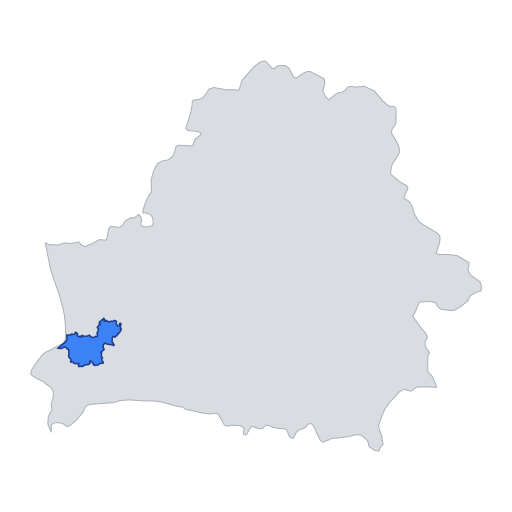 Pruzhany, Brest, Belarus (highlighted)
{"feature_id": "67162791B13478011403583", "entity_name": "Pruzhany", "entity_type": "district", "adm_level": 2, "iso_a3": "BLR", "parent_name": "Belarus", "parent_adm1": "Brest", "projection": "mercator", "projection_center": [24.486, 52.68], "detail": "fine", "context": "in_parent", "style": "filled", "palette": "blue", "viewbox_px": 512, "rotation_deg": 0, "n_neighbors": 0, "source": "geoboundaries", "source_scale": "gbopen_adm2", "svg_char_len": 9177}
<svg xmlns="http://www.w3.org/2000/svg" viewBox="0 0 512 512"><path d="M436.5,387.4L427.6,386.8L416.8,387.0L410.8,391.3L404.2,389.2L399.6,391.6L388.9,403.2L384.7,409.4L380.8,418.9L378.4,426.0L379.7,430.9L381.7,435.5L382.1,440.4L383.1,444.3L380.5,447.1L378.9,451.1L374.5,450.4L369.0,446.5L367.8,440.9L363.6,437.0L360.8,435.0L356.2,434.7L348.9,436.5L339.3,437.9L332.1,438.3L328.2,440.2L322.3,442.2L320.1,439.9L316.9,433.5L314.2,427.2L312.4,424.4L310.8,423.6L308.8,423.8L306.6,425.8L304.9,427.8L298.9,430.2L296.2,432.5L293.3,438.3L291.3,437.9L289.3,436.6L287.0,430.1L283.8,428.6L278.8,428.5L272.5,427.1L267.4,425.1L265.5,425.6L262.5,428.4L259.2,428.8L252.0,426.3L250.6,427.4L246.5,434.6L244.5,435.0L243.4,434.1L244.0,427.8L239.9,425.6L232.8,425.2L227.9,426.1L225.5,425.9L224.2,424.7L218.2,414.1L215.0,413.4L209.2,414.0L200.8,412.7L191.0,410.3L185.6,409.4L182.8,407.1L176.8,406.2L160.7,401.8L154.1,401.0L144.4,400.9L129.6,399.9L120.1,400.5L115.7,401.9L110.6,402.9L93.1,404.1L86.8,405.3L85.0,407.5L82.9,412.4L75.7,420.8L68.7,426.4L67.4,426.8L63.3,423.9L59.9,422.9L55.8,422.6L53.0,423.5L51.2,424.9L51.4,431.4L51.0,431.9L47.9,424.3L48.2,417.3L49.9,413.3L52.0,409.7L51.1,404.3L53.2,397.2L53.3,392.0L52.4,389.8L50.7,387.2L46.1,384.3L44.1,382.1L37.9,379.1L31.8,375.4L30.7,373.1L31.0,371.5L32.1,369.1L36.8,362.1L41.9,355.3L45.1,352.5L62.4,343.8L65.0,340.7L65.7,335.5L65.4,325.0L64.4,315.3L63.0,308.7L59.7,296.2L50.7,270.1L45.3,242.9L48.9,244.5L57.1,245.1L63.7,243.2L67.1,243.0L70.1,243.6L78.7,242.0L80.9,244.5L84.7,246.7L92.3,243.5L99.0,239.7L106.0,240.1L107.0,238.2L108.7,228.5L110.8,226.4L119.1,227.4L122.2,225.6L125.4,220.8L130.4,217.8L134.5,217.8L138.7,214.4L140.8,216.7L141.9,220.7L140.5,223.9L141.1,225.2L144.0,226.8L149.1,226.8L152.4,225.4L153.1,223.6L153.1,220.2L152.3,217.1L150.1,214.4L146.1,213.0L143.3,213.0L142.8,211.3L143.8,207.6L146.3,200.8L149.3,194.7L151.2,192.4L151.5,190.3L151.2,186.5L151.1,179.8L153.8,170.4L157.6,163.3L162.5,161.0L168.6,159.8L172.5,156.4L174.4,152.5L176.1,146.4L178.0,145.2L192.6,145.9L194.8,139.8L196.1,138.1L198.9,136.3L200.9,134.1L200.1,132.4L196.4,131.3L187.6,130.4L185.8,128.4L186.4,125.9L188.7,119.6L191.0,111.4L192.1,105.0L192.3,101.2L193.5,100.2L200.7,99.0L203.1,97.7L209.2,89.0L213.9,87.5L226.1,89.8L231.6,89.6L238.7,90.2L239.3,89.3L241.8,80.7L253.8,66.8L260.2,62.0L264.3,60.9L265.7,61.2L272.1,68.5L273.7,68.8L277.9,65.7L285.4,65.5L288.8,68.0L293.7,77.0L296.3,78.1L303.5,73.1L307.5,71.4L310.1,71.5L323.7,78.4L324.7,80.7L324.8,83.3L322.7,91.4L325.5,96.4L328.7,99.8L335.7,94.2L338.3,92.7L341.1,92.6L344.9,90.5L347.6,87.4L350.2,86.3L355.2,87.1L364.3,86.3L374.8,91.2L375.7,92.7L380.9,98.5L382.8,101.3L384.5,102.2L387.3,105.0L391.1,106.8L393.7,106.3L394.9,107.2L396.1,109.4L396.2,113.1L395.8,123.8L392.0,129.4L391.5,131.3L391.7,133.6L394.7,138.2L398.5,145.3L399.4,149.4L399.4,152.5L394.2,161.6L392.4,163.7L391.2,168.1L390.6,172.6L391.0,174.5L399.7,181.6L406.2,185.5L407.7,187.4L407.8,188.6L404.3,196.2L404.0,198.3L409.2,201.4L412.1,206.4L414.6,214.5L419.5,222.3L437.9,233.6L439.5,235.6L440.1,238.0L439.5,243.3L436.1,253.3L439.3,254.7L447.3,254.4L457.2,255.6L469.0,262.7L469.0,265.8L467.8,268.7L468.6,271.7L469.9,274.3L480.1,282.1L481.1,284.4L481.3,288.2L481.0,291.0L478.2,291.6L475.0,292.9L469.9,296.2L467.9,300.9L459.6,307.4L454.4,310.3L450.3,310.5L440.6,309.2L437.2,306.0L435.8,303.0L432.0,301.7L427.1,301.6L420.2,302.1L418.8,303.0L417.7,306.6L414.8,312.7L412.7,316.2L421.4,328.3L425.8,333.3L427.2,336.4L427.1,338.5L425.0,341.1L425.3,346.2L429.6,353.0L428.1,354.0L427.7,362.3L427.7,371.1L428.9,373.2L431.2,375.0L433.1,378.2L436.3,385.5L436.5,387.4Z" fill="#d9dde1" stroke="#a8b0b8" stroke-width="1"/><path d="M113.6,320.9L113.2,321.3L112.6,321.5L111.9,321.3L110.9,321.2L110.4,321.3L109.6,321.7L109.2,321.9L108.1,321.8L107.7,321.3L107.3,321.0L106.8,320.8L106.2,320.4L105.9,320.7L105.7,321.2L105.0,321.3L104.3,321.1L104.3,320.7L104.3,320.2L104.5,319.6L104.5,319.2L104.2,318.7L103.7,318.4L103.4,318.4L103.2,318.8L103.1,319.0L102.7,319.5L102.3,319.6L101.7,320.1L101.3,320.7L100.7,321.0L100.1,321.3L99.8,321.6L99.3,322.5L99.2,322.9L99.4,323.6L99.9,323.8L100.4,324.2L100.4,324.5L100.0,324.7L99.5,324.8L98.8,325.3L98.3,325.9L97.7,326.7L97.3,327.3L97.3,327.6L97.6,328.1L98.3,328.8L98.4,329.2L98.6,329.9L98.4,330.5L97.9,330.9L97.7,331.3L97.5,332.1L97.2,333.0L96.9,333.4L97.3,334.1L97.5,334.7L97.5,335.3L97.4,336.2L97.1,336.5L96.6,336.5L95.7,336.3L95.1,336.6L94.7,337.1L94.1,337.4L93.1,337.5L92.0,337.4L91.2,336.8L90.6,336.5L89.9,335.7L89.4,335.2L88.8,335.3L88.1,335.7L87.2,336.2L85.4,336.2L84.1,336.2L83.2,335.9L82.6,335.4L82.0,335.4L81.9,335.9L81.8,336.6L81.8,336.8L81.5,337.2L81.2,337.1L81.0,336.7L80.8,336.2L79.7,336.2L79.2,336.6L78.7,336.7L78.3,336.5L77.8,336.2L77.3,335.8L77.1,335.3L77.4,335.0L77.6,334.2L77.5,333.6L76.4,332.7L75.9,332.3L75.2,332.5L75.1,333.0L75.1,333.5L74.8,334.0L74.4,334.3L74.0,334.4L72.9,334.4L72.2,334.1L71.4,334.0L71.0,334.4L71.0,334.9L70.7,335.1L70.3,335.1L69.3,335.0L68.5,335.1L67.3,335.1L66.9,335.0L66.9,335.6L66.9,340.0L66.7,340.3L66.3,340.9L65.4,341.6L64.8,342.4L64.7,343.1L63.5,343.5L63.0,344.0L62.1,344.5L59.6,346.8L58.0,348.3L58.4,348.4L58.9,348.4L59.6,348.4L60.2,348.4L60.9,348.5L61.5,348.5L61.8,348.3L62.2,348.1L62.8,347.9L63.3,347.6L63.6,347.4L64.0,347.3L64.5,347.1L64.8,347.1L65.3,347.2L65.6,347.3L66.0,347.4L66.4,347.7L66.5,347.9L66.6,348.2L66.7,348.6L66.8,348.8L67.3,349.1L67.7,349.3L68.4,349.5L68.7,349.7L68.8,349.9L68.8,350.2L68.8,350.6L68.8,351.7L68.8,353.5L68.8,354.8L68.7,355.4L68.6,356.0L68.6,356.3L68.7,356.7L69.1,356.9L69.2,357.4L69.2,357.7L69.4,358.0L69.6,358.1L69.8,358.2L70.1,358.4L70.3,358.5L70.6,358.7L70.8,358.9L70.8,359.2L70.8,359.5L70.9,359.8L71.0,360.1L71.3,360.4L71.4,360.6L71.4,360.8L71.1,361.1L70.9,361.3L70.6,361.4L70.5,361.5L70.5,361.8L70.8,362.1L71.0,362.2L71.3,362.2L71.5,362.0L71.6,361.8L71.8,361.7L72.0,361.7L72.6,361.8L73.0,362.0L73.2,362.3L73.4,362.5L73.5,363.0L74.0,363.1L74.3,363.2L74.4,363.3L74.5,363.5L74.8,363.7L75.1,363.8L75.5,363.7L75.8,363.5L76.0,363.4L76.3,363.4L76.5,363.4L76.7,363.5L76.8,363.5L77.1,363.7L77.5,363.6L77.9,363.5L78.2,363.4L78.6,363.5L78.6,363.8L78.4,364.0L78.3,364.4L78.4,364.6L78.7,364.9L78.7,365.0L78.7,365.3L78.5,365.6L78.5,365.8L78.5,366.1L78.6,366.3L78.8,366.5L79.0,366.6L79.4,366.5L79.6,366.5L79.8,366.3L80.2,366.3L80.6,366.3L81.1,366.4L81.7,366.5L82.2,366.6L82.6,366.5L82.8,366.3L82.9,366.0L83.0,365.9L83.6,365.8L83.9,365.7L84.0,365.5L84.1,365.4L84.3,365.1L84.5,364.9L84.9,364.9L85.2,364.9L85.5,364.9L85.8,364.9L86.1,364.9L86.4,364.7L86.6,364.6L86.9,364.5L87.2,364.6L87.4,364.7L87.7,364.7L87.8,364.7L88.3,364.6L88.5,364.5L88.6,364.4L88.8,364.2L89.3,364.0L89.7,363.8L89.9,363.6L90.2,363.3L90.1,363.0L89.9,362.7L89.6,362.1L89.6,361.7L89.7,361.3L89.9,361.2L90.2,361.0L90.4,361.1L90.6,361.2L91.1,361.5L91.5,361.6L91.9,361.8L92.1,361.9L92.2,362.2L92.2,362.5L92.3,362.7L92.5,362.8L92.9,363.1L93.3,363.3L93.5,363.6L93.5,364.0L93.4,364.1L93.4,364.3L93.3,364.7L93.5,364.8L93.9,365.0L94.2,365.2L94.4,365.4L95.0,365.4L95.5,365.2L96.0,365.1L96.3,365.1L96.7,365.2L97.3,365.1L97.6,365.0L98.2,364.9L98.6,364.6L98.8,364.4L99.0,364.1L99.4,363.8L99.9,363.6L100.3,363.5L100.8,363.4L101.2,363.3L101.8,363.3L102.3,363.4L102.6,363.3L103.0,363.2L103.2,362.9L103.3,362.5L103.3,362.4L103.3,362.2L103.0,361.8L102.9,361.6L102.5,361.2L102.3,360.9L102.1,360.6L101.8,360.0L101.7,359.7L101.7,359.4L101.8,359.1L101.9,358.9L102.4,358.3L102.5,358.1L102.5,357.8L102.4,357.6L102.1,357.3L101.9,356.9L101.6,356.7L101.3,356.4L101.3,356.2L101.4,355.7L101.5,355.5L101.5,355.1L101.4,354.4L101.5,353.7L101.4,353.4L101.2,353.0L101.2,352.8L100.9,352.4L100.9,352.2L101.1,352.1L101.5,352.0L101.7,351.9L101.9,351.9L102.0,351.5L102.1,351.3L102.2,351.2L102.4,350.9L102.6,350.7L102.9,350.5L103.2,350.3L103.6,350.1L104.0,349.7L104.1,349.3L104.1,349.1L103.8,348.7L103.5,348.4L103.3,348.0L103.2,346.9L103.2,346.1L103.0,345.6L103.0,345.2L103.5,344.8L103.7,344.7L103.8,344.5L104.0,344.2L104.1,343.9L104.3,343.6L104.6,343.2L105.2,343.0L105.4,343.0L105.8,343.3L106.1,343.6L106.4,343.9L106.8,344.0L107.3,344.2L107.9,344.1L108.4,344.2L109.0,344.3L109.3,344.5L109.8,344.6L110.2,344.7L110.8,344.8L111.3,344.7L111.6,344.6L112.2,344.6L112.5,344.7L112.8,345.0L113.2,345.5L113.5,345.5L113.8,345.5L114.0,345.3L114.1,345.1L114.1,344.9L114.1,344.7L113.9,344.6L113.6,344.3L113.5,343.9L113.2,343.3L113.1,342.9L112.6,342.5L112.3,342.1L112.1,341.6L112.1,341.3L112.2,339.9L112.2,338.3L112.4,337.8L112.7,337.1L112.9,336.6L113.2,336.5L113.5,336.4L114.0,336.6L114.2,336.9L114.5,337.1L114.8,337.1L115.2,337.0L115.5,336.7L116.0,336.2L116.3,335.9L116.5,335.8L116.8,335.7L117.1,335.5L117.1,335.2L117.2,334.9L117.2,334.6L117.5,334.4L117.8,334.3L118.1,333.9L118.0,333.6L118.3,333.4L118.6,333.3L119.0,333.2L119.4,332.6L119.9,331.9L120.8,330.7L120.9,330.3L121.0,329.5L120.8,329.6L120.4,329.5L120.3,329.1L120.5,328.8L120.9,328.6L120.9,328.4L120.7,327.7L120.3,326.7L120.3,326.2L120.5,325.8L120.7,325.2L120.9,324.6L121.0,323.8L120.6,323.3L120.2,323.3L119.5,323.6L119.5,324.8L119.4,325.6L119.0,325.9L118.5,326.1L117.8,326.1L117.4,325.7L117.2,325.3L117.1,324.9L116.2,324.0L116.2,323.6L116.3,322.8L116.4,322.1L116.4,321.4L115.8,320.8L115.3,320.6L114.5,320.5L114.1,320.5L113.6,320.9Z" fill="#3b82f6" stroke="#1e3a8a" stroke-width="1.5"/></svg>